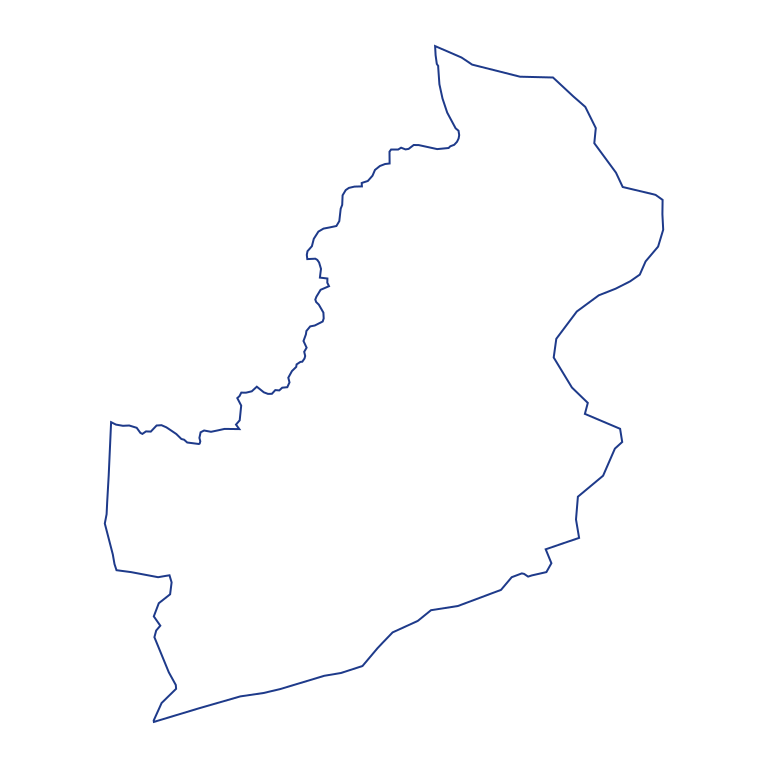 Mayo-Banyo, Adamaoua, Cameroon
{"feature_id": "32672807B95498803014525", "entity_name": "Mayo-Banyo", "entity_type": "district", "adm_level": 2, "iso_a3": "CMR", "parent_name": "Cameroon", "parent_adm1": "Adamaoua", "projection": "mercator", "projection_center": [11.642, 6.615], "detail": "fine", "context": "isolated", "style": "outline", "palette": "blue", "viewbox_px": 768, "rotation_deg": 0, "n_neighbors": 0, "source": "geoboundaries", "source_scale": "gbopen_adm2", "svg_char_len": 2755}
<svg xmlns="http://www.w3.org/2000/svg" viewBox="0 0 768 768"><path d="M662.6,199.9L655.6,194.9L653.4,194.3L622.7,187.0L616.0,172.7L594.3,143.2L595.5,131.0L595.8,128.1L585.3,106.9L573.3,96.4L553.0,77.5L520.0,76.7L472.1,64.6L461.5,57.5L435.1,46.1L435.6,55.2L436.8,63.9L438.2,66.0L438.2,67.2L439.4,84.2L442.5,98.5L447.2,112.6L455.6,128.3L457.5,129.9L458.5,130.7L459.2,135.1L458.6,138.5L457.0,141.8L454.2,144.8L450.3,146.3L448.6,148.0L437.2,149.1L418.8,145.1L413.7,145.0L408.6,148.9L407.4,149.1L405.5,149.4L401.1,147.7L398.2,149.5L391.1,149.5L389.5,151.7L389.6,162.0L389.6,163.5L385.1,164.0L379.9,166.0L375.0,169.9L372.5,175.7L367.8,181.0L362.8,182.6L361.7,183.0L361.9,186.4L354.5,186.6L348.9,187.9L345.7,190.1L342.6,195.3L342.2,204.9L340.7,208.7L339.3,221.1L336.4,226.0L329.3,227.5L323.5,228.6L318.4,231.6L313.8,238.8L311.9,246.2L307.5,251.2L306.8,254.9L307.3,259.1L315.3,258.7L317.3,259.9L319.1,262.5L321.0,268.9L320.5,272.7L319.9,277.6L327.4,278.5L327.3,282.7L329.0,286.2L320.6,289.8L316.4,296.7L315.3,299.6L316.2,302.1L318.8,304.6L323.4,312.6L323.7,318.4L322.7,321.5L321.5,322.1L314.8,325.5L310.2,326.4L306.4,331.0L305.9,334.4L303.5,341.0L306.6,347.7L304.2,351.8L305.2,356.0L304.5,358.5L302.3,361.7L300.4,361.9L296.6,364.4L296.2,366.9L292.1,370.9L291.8,371.3L288.3,377.7L289.5,382.4L287.3,387.2L282.2,387.7L279.3,390.4L275.3,390.1L271.9,393.8L268.0,393.9L263.8,392.3L256.8,386.7L251.8,391.3L245.9,392.7L245.0,392.7L241.3,392.6L239.5,396.1L237.3,398.1L241.2,405.6L239.7,420.3L236.0,424.6L239.3,429.1L224.6,428.9L217.8,430.4L211.0,431.8L204.1,430.5L200.6,432.3L199.4,437.9L200.3,441.3L199.7,443.5L198.9,444.0L187.2,442.5L184.1,439.7L181.4,439.0L176.3,434.0L167.7,428.2L166.3,427.3L161.5,425.2L156.6,425.5L150.8,431.6L146.0,431.4L142.4,433.9L140.4,432.9L136.7,427.8L129.2,425.5L122.9,425.8L118.3,425.0L116.0,424.6L111.1,422.2L108.7,475.5L107.2,501.7L106.6,514.2L104.8,523.5L112.8,554.4L114.5,564.1L116.5,570.2L131.0,572.1L158.1,577.2L165.7,575.9L169.5,575.3L171.6,582.4L170.1,594.3L158.8,603.2L153.8,616.4L160.3,625.7L156.2,630.5L154.4,637.2L168.8,672.3L175.8,685.0L176.1,688.8L161.6,703.0L160.4,705.7L153.7,720.5L153.9,721.9L173.8,715.9L198.3,708.5L240.3,696.4L263.5,693.0L280.1,689.1L324.2,675.8L340.9,673.0L362.5,666.0L377.5,648.2L382.4,643.0L392.6,632.4L417.8,620.9L431.0,610.2L457.9,606.0L492.1,593.2L501.0,589.9L511.7,577.2L521.8,573.4L524.1,573.9L528.1,576.6L531.9,575.4L546.4,572.1L551.4,563.2L545.7,549.3L564.0,543.0L579.1,537.9L576.0,519.5L577.9,496.7L603.1,475.7L614.9,448.6L622.2,442.0L620.1,428.8L584.9,413.9L587.8,402.9L571.9,387.5L553.7,357.5L556.3,338.8L576.8,311.5L598.8,295.3L615.6,288.7L630.2,281.3L639.8,274.6L645.6,261.4L647.7,258.9L658.1,246.6L663.2,229.7L662.4,214.2L662.6,199.9Z" fill="none" stroke="#1e3a8a" stroke-width="2"/></svg>